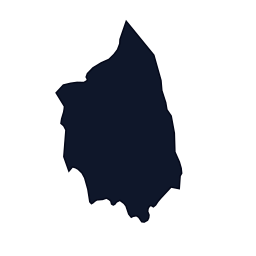 SVG path tracing the border of Idrija, rotated 219°
{"feature_id": "SVN-1012", "entity_name": "Idrija", "entity_type": "Municipality", "adm_level": 1, "iso_a3": "SVN", "parent_name": "Slovenia", "parent_adm1": "", "projection": "albers", "projection_center": [13.983, 45.983], "detail": "fine", "context": "isolated", "style": "filled", "palette": "ink", "viewbox_px": 256, "rotation_deg": 219, "n_neighbors": 0, "source": "natural_earth", "source_scale": "10m", "svg_char_len": 1061}
<svg xmlns="http://www.w3.org/2000/svg" viewBox="0 0 256 256"><g transform="rotate(219 128 128)"><path d="M206.0,110.1L205.3,120.7L200.7,126.7L196.3,131.4L190.9,135.6L189.7,138.8L190.2,140.3L192.6,141.3L193.8,144.8L193.1,152.7L189.8,161.9L186.0,169.3L185.2,176.2L185.4,182.2L187.4,188.3L190.0,191.9L196.5,209.8L153.8,200.9L132.3,185.7L125.3,178.4L114.6,171.4L109.3,166.7L102.0,164.5L88.8,153.2L76.5,138.9L66.7,133.9L61.4,130.2L57.8,126.6L57.3,123.5L50.0,113.1L57.4,109.2L58.4,94.4L58.5,89.7L58.1,85.5L58.7,82.7L61.1,82.4L62.2,81.0L61.7,78.0L60.2,75.5L56.9,73.6L55.4,71.2L54.8,68.6L56.2,65.1L58.3,63.8L63.5,65.4L66.3,65.1L68.5,62.5L69.3,60.7L73.3,61.6L80.4,66.1L83.6,66.9L88.8,66.7L90.4,63.2L90.3,60.5L91.0,58.9L92.9,58.6L95.4,60.4L97.6,60.5L100.6,60.0L102.8,56.5L107.0,52.5L107.7,50.4L108.2,47.7L108.8,46.2L111.2,46.6L120.6,55.1L130.3,62.0L135.4,64.1L140.9,64.6L143.8,64.1L146.7,62.9L146.8,57.3L159.8,65.3L175.0,87.4L179.4,89.3L183.0,89.4L185.3,93.3L188.0,99.9L189.6,102.7L191.0,104.8L206.0,110.1Z" fill="#0f172a" stroke="#020617" stroke-width="1.5"/></g></svg>